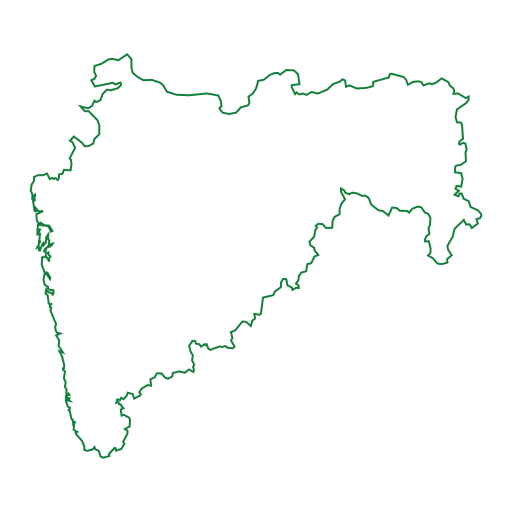 SVG path tracing the border of Maharashtra
{"feature_id": "IND-2447", "entity_name": "Maharashtra", "entity_type": "State", "adm_level": 1, "iso_a3": "IND", "parent_name": "India", "parent_adm1": "", "projection": "robinson", "projection_center": [76.089, 18.818], "detail": "fine", "context": "isolated", "style": "outline", "palette": "green", "viewbox_px": 512, "rotation_deg": 0, "n_neighbors": 0, "source": "natural_earth", "source_scale": "10m", "svg_char_len": 5835}
<svg xmlns="http://www.w3.org/2000/svg" viewBox="0 0 512 512"><path d="M87.3,450.8L84.3,449.9L84.3,446.5L82.1,440.9L75.8,433.8L75.6,432.5L77.2,431.8L73.6,429.7L74.3,423.3L75.7,421.5L73.8,422.9L73.4,426.2L72.8,419.7L71.6,419.3L69.7,410.9L68.6,410.2L70.1,408.1L67.7,406.2L65.8,400.5L65.9,397.9L67.9,400.4L69.8,400.8L68.3,399.5L69.4,398.2L67.5,397.8L66.3,395.6L69.4,395.0L68.5,393.4L66.8,394.3L66.2,392.8L66.7,389.8L64.9,386.8L65.7,382.2L63.9,378.3L65.0,371.5L63.1,370.0L62.9,368.4L63.9,368.4L64.3,365.5L62.1,356.6L59.5,351.2L62.9,352.5L58.6,345.9L59.2,340.4L56.2,335.4L60.3,333.5L56.9,332.6L55.9,331.0L55.1,327.1L56.1,324.1L50.4,310.5L51.3,308.0L49.7,306.7L51.8,303.3L49.9,305.0L48.7,303.3L47.6,295.2L45.4,293.4L46.2,289.5L48.0,292.1L52.2,293.2L52.9,294.3L52.0,295.6L53.5,293.4L53.4,290.3L49.2,289.7L47.7,288.0L48.1,286.9L44.7,284.8L43.5,279.7L44.4,274.5L46.6,274.0L50.0,279.1L50.3,277.9L47.4,272.6L44.6,272.3L41.7,264.6L42.2,257.2L44.8,257.2L45.6,255.5L49.3,261.5L49.1,258.5L50.5,256.3L48.6,255.1L48.4,252.4L46.7,253.5L44.0,251.2L44.9,249.4L45.7,250.1L46.2,247.9L49.0,246.8L47.1,246.4L52.2,244.9L52.8,243.6L49.0,244.7L49.2,240.3L47.9,238.8L48.3,234.3L46.2,237.3L46.1,242.4L43.7,245.1L43.4,242.9L42.5,243.8L39.9,250.6L38.8,250.2L38.9,247.2L37.1,247.8L38.8,244.6L38.9,242.0L39.7,242.5L40.1,241.2L39.3,240.4L40.0,233.9L37.8,234.5L40.4,228.7L37.4,231.7L38.0,224.8L48.2,226.1L51.2,231.6L52.4,230.9L49.1,225.6L44.2,225.2L40.8,222.7L38.9,223.7L36.8,220.6L36.4,214.2L43.2,211.1L38.6,211.4L35.7,208.0L35.3,210.2L36.4,211.9L34.6,210.8L32.7,198.9L33.9,200.7L34.9,200.1L34.2,197.6L35.3,195.5L35.0,194.6L32.3,197.6L32.4,194.2L30.7,190.9L31.6,184.6L34.0,180.8L34.0,177.1L37.8,175.2L43.0,175.2L47.1,173.6L49.8,179.1L52.1,177.9L53.4,179.0L55.6,178.1L57.7,180.0L59.0,177.7L59.0,174.4L62.6,173.7L63.9,169.9L70.6,170.3L71.5,164.6L70.9,159.7L69.7,158.4L75.1,147.8L72.3,142.0L70.0,140.8L73.8,136.5L82.1,142.9L84.5,146.1L88.3,146.2L93.3,143.5L94.4,139.0L99.2,134.4L99.4,126.0L97.6,120.3L88.7,111.2L84.8,111.2L80.5,106.4L88.2,108.3L92.1,105.9L94.4,100.7L96.2,102.0L100.4,100.3L102.7,93.9L107.1,89.6L110.8,90.3L117.9,88.1L121.2,84.9L120.4,82.6L115.3,84.4L112.8,82.8L94.8,86.5L91.3,80.2L94.6,78.7L96.1,75.8L94.2,72.1L94.5,66.0L101.8,63.6L108.3,59.5L112.0,58.8L118.5,60.2L127.1,54.3L131.4,59.2L131.5,68.0L132.8,72.9L138.0,77.2L143.4,80.2L151.9,79.9L159.9,82.6L163.0,85.0L166.9,91.7L176.3,94.7L188.4,95.3L207.1,93.5L218.3,95.5L220.9,101.1L221.5,106.5L219.5,107.9L219.7,109.1L222.8,112.8L229.4,114.0L236.1,112.6L240.9,107.3L247.9,105.5L249.4,102.9L248.5,96.7L253.0,93.3L256.1,88.5L258.1,80.9L263.7,79.8L269.8,75.0L274.5,73.1L277.9,73.0L280.1,74.6L286.3,70.0L294.0,70.4L298.0,74.2L299.5,84.2L291.7,85.1L291.7,87.2L295.1,94.1L296.5,92.4L299.2,94.4L303.0,93.6L306.5,94.9L311.5,92.0L317.8,93.5L327.3,89.6L333.1,84.0L339.5,81.8L342.6,79.3L345.1,80.5L346.0,86.7L349.7,85.4L356.8,88.5L366.2,87.9L372.6,86.3L373.4,85.0L372.8,82.7L374.4,81.5L388.8,77.5L390.0,74.0L391.1,73.7L403.5,76.9L406.1,79.7L407.9,84.8L413.0,81.9L418.4,81.3L421.4,82.2L423.4,85.4L429.6,83.3L431.8,84.2L435.9,82.7L441.7,78.4L448.4,82.2L449.9,85.6L453.5,88.5L454.3,90.6L453.5,93.9L458.0,93.4L465.7,98.1L468.6,96.6L468.6,99.7L466.4,102.9L457.0,109.4L455.5,117.1L457.0,122.3L460.9,122.6L462.0,124.5L463.0,138.7L459.7,141.3L458.9,143.8L460.0,144.6L463.1,142.9L465.4,143.5L466.6,149.4L465.5,152.4L466.0,161.1L461.2,164.7L456.1,165.7L455.2,166.9L454.9,172.3L461.1,173.1L462.6,178.6L461.2,186.6L456.5,186.0L455.5,188.7L458.8,190.8L454.6,194.7L458.4,196.3L459.6,193.5L461.6,193.5L463.6,198.7L468.7,201.2L470.6,207.0L478.1,210.4L481.2,214.1L481.3,216.1L479.9,218.2L476.4,219.2L477.8,223.5L471.8,228.1L469.6,224.3L466.1,224.5L463.8,219.9L454.6,228.8L452.5,237.2L447.4,245.9L448.1,249.6L451.7,255.2L447.1,259.2L447.4,262.6L441.9,264.1L437.6,263.6L432.7,258.1L428.0,255.5L430.4,252.9L430.6,248.6L428.8,241.2L425.1,241.5L424.9,239.5L426.6,235.9L429.4,233.9L428.5,228.2L430.0,224.8L430.4,217.8L428.4,214.0L424.9,212.5L421.1,207.2L417.8,206.6L412.4,208.7L409.2,212.6L407.1,211.0L399.8,210.7L396.7,208.1L392.2,207.5L388.5,215.5L383.0,211.1L378.4,210.2L374.1,206.9L370.9,204.0L368.9,198.2L365.6,195.7L361.9,195.8L356.7,193.3L352.1,192.7L349.1,194.3L345.4,192.7L343.9,190.1L340.9,188.5L341.0,191.8L345.0,199.3L341.2,204.1L339.7,208.4L339.6,214.2L334.6,216.9L332.6,221.0L332.2,227.9L325.9,227.9L322.5,224.1L318.2,223.8L315.7,225.9L317.1,227.5L315.2,230.2L314.2,236.6L309.5,241.7L310.3,245.2L314.3,247.9L314.5,250.3L318.3,254.9L314.4,256.6L311.2,263.2L307.4,264.1L306.1,271.3L301.4,272.5L299.1,275.6L298.2,280.6L296.0,283.5L298.7,285.7L298.7,288.1L296.4,287.7L292.4,289.8L291.9,287.6L287.5,285.4L286.2,279.2L283.0,279.0L281.0,282.4L280.9,287.2L274.9,291.5L273.3,295.1L263.0,297.6L261.0,313.6L259.7,314.8L254.3,313.9L255.1,318.5L252.4,320.6L250.8,326.0L246.2,321.9L242.4,321.5L235.1,330.4L230.9,332.1L232.4,338.0L231.1,340.6L234.6,346.6L232.6,348.3L227.7,347.8L225.3,346.0L222.3,347.1L219.9,346.4L210.2,349.9L208.1,348.3L206.6,344.2L205.2,345.1L204.5,344.2L201.1,346.7L199.5,344.3L196.1,343.7L195.1,341.0L192.5,340.8L189.1,345.9L190.8,352.2L192.9,355.2L192.1,360.5L194.3,364.7L193.0,367.1L194.0,369.8L193.3,371.9L189.0,369.5L184.7,372.8L179.2,371.4L172.9,373.0L172.2,376.6L168.0,378.7L165.3,377.9L161.5,373.4L156.9,373.3L154.6,377.4L150.4,379.2L151.0,385.7L147.6,385.1L141.7,388.5L139.3,392.3L140.8,394.0L140.5,395.2L134.2,398.6L132.7,394.1L127.8,392.7L126.5,396.1L123.3,399.2L121.2,397.8L120.0,400.1L117.3,399.4L116.3,402.8L118.5,402.2L119.2,404.3L121.2,404.7L121.6,406.6L123.5,408.2L120.7,409.6L121.6,415.6L124.0,414.9L129.1,417.7L130.0,419.7L129.6,426.5L124.9,429.0L127.5,430.8L127.4,433.8L123.1,441.7L124.3,443.7L121.4,448.9L116.0,450.6L115.5,448.2L114.5,447.9L109.0,454.0L109.3,456.0L103.2,457.7L100.6,456.5L98.7,450.9L95.2,449.2L94.5,447.1L92.4,449.6L87.3,450.8Z" fill="none" stroke="#15803d" stroke-width="2"/></svg>